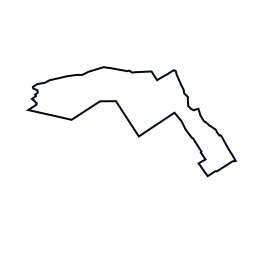 S.A. Nyyazow, Tashauz, Turkmenistan (Natural Earth projection), rotated 237°
{"feature_id": "10190150B78263811448824", "entity_name": "S.A. Nyyazow", "entity_type": "district", "adm_level": 2, "iso_a3": "TKM", "parent_name": "Turkmenistan", "parent_adm1": "Tashauz", "projection": "natural_earth1", "projection_center": [58.86, 40.837], "detail": "fine", "context": "isolated", "style": "outline", "palette": "ink", "viewbox_px": 256, "rotation_deg": 237, "n_neighbors": 0, "source": "geoboundaries", "source_scale": "gbopen_adm2", "svg_char_len": 1625}
<svg xmlns="http://www.w3.org/2000/svg" viewBox="0 0 256 256"><g transform="rotate(237 128 128)"><path d="M41.7,200.4L49.2,200.8L54.3,200.8L70.3,201.9L70.5,201.9L71.8,201.4L71.9,200.5L76.2,200.3L78.0,200.7L78.6,200.7L82.4,199.2L84.2,198.4L84.7,198.1L85.0,198.0L86.1,197.5L88.7,197.0L93.0,195.3L99.2,195.6L102.9,196.7L105.8,197.5L106.5,195.1L106.7,194.4L106.9,192.9L107.2,192.7L107.8,192.4L110.2,191.0L111.1,191.1L113.5,190.4L116.6,192.1L121.4,195.1L126.3,194.0L127.5,194.5L130.1,195.6L134.2,195.9L139.1,196.7L145.9,197.8L149.6,199.0L150.9,198.4L151.5,197.8L151.7,192.5L151.6,190.7L152.1,183.5L152.2,178.5L152.4,178.5L152.9,178.5L162.6,178.5L168.1,169.1L170.3,165.4L172.3,161.6L174.2,160.8L175.5,160.2L176.0,158.4L188.2,145.5L188.7,144.8L191.6,141.5L192.4,140.3L196.6,125.7L197.5,118.4L200.6,113.6L204.5,105.3L208.2,95.1L210.7,88.4L211.2,82.8L214.1,76.1L214.3,72.9L214.3,70.6L213.4,70.4L213.2,70.3L212.6,70.1L211.9,70.6L211.2,71.1L209.5,72.2L209.0,72.5L207.1,71.7L206.9,71.6L206.8,71.4L206.7,71.3L206.6,68.4L205.0,68.3L205.0,68.2L204.9,68.2L204.7,63.3L202.5,63.8L202.3,64.3L200.6,64.3L199.0,64.7L198.5,65.0L197.9,64.3L197.5,64.1L197.4,63.8L197.4,63.0L197.4,61.1L197.4,58.5L197.4,56.3L197.4,55.2L197.4,54.7L197.4,54.1L196.6,54.9L170.0,80.9L165.6,85.1L165.6,85.3L165.6,94.3L165.6,111.5L165.6,119.1L157.1,132.5L126.7,132.5L115.3,132.5L115.0,132.5L115.4,165.7L115.5,175.3L104.4,176.6L95.7,175.5L85.1,176.2L84.8,176.4L83.6,176.9L68.2,176.7L67.8,175.7L59.5,175.9L59.4,175.9L59.6,173.4L59.8,168.0L53.5,168.2L44.2,168.6L44.2,177.6L43.2,179.2L43.1,197.5L41.7,200.3L41.7,200.4Z" fill="none" stroke="#020617" stroke-width="2"/></g></svg>